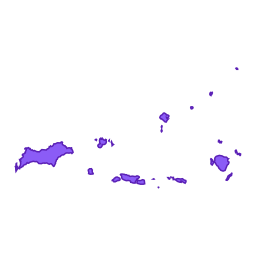 outline of Maluku Barat Daya, Maluku, Indonesia
{"feature_id": "22746128B88480653802061", "entity_name": "Maluku Barat Daya", "entity_type": "district", "adm_level": 2, "iso_a3": "IDN", "parent_name": "Indonesia", "parent_adm1": "Maluku", "projection": "robinson", "projection_center": [127.795, -7.318], "detail": "fine", "context": "isolated", "style": "filled", "palette": "violet", "viewbox_px": 256, "rotation_deg": 0, "n_neighbors": 0, "source": "geoboundaries", "source_scale": "gbopen_adm2", "svg_char_len": 5915}
<svg xmlns="http://www.w3.org/2000/svg" viewBox="0 0 256 256"><path d="M61.9,141.9L61.1,142.1L60.3,142.9L57.3,142.8L55.4,143.8L53.9,143.8L53.2,145.3L52.3,146.3L51.3,146.5L50.6,145.9L50.2,146.6L49.3,146.6L49.3,147.2L48.6,148.4L47.2,149.0L46.3,150.0L41.8,149.6L39.2,151.9L37.7,151.6L37.2,151.8L34.3,150.5L33.8,150.8L33.1,150.7L32.3,149.9L31.4,150.2L30.9,149.9L30.3,148.8L29.9,149.2L29.5,149.1L28.8,147.7L28.2,147.6L27.5,148.1L26.9,148.1L26.3,149.1L26.3,149.8L25.1,152.3L25.4,152.7L25.3,152.9L24.5,153.3L24.2,153.7L22.6,154.3L22.3,155.0L23.3,156.0L23.0,157.1L20.8,158.8L20.8,159.4L20.2,159.2L19.7,159.8L20.0,160.3L19.8,160.2L20.7,163.0L20.3,165.5L19.0,167.3L18.8,168.3L19.3,168.8L19.7,168.7L19.8,168.1L20.2,167.6L21.1,167.5L22.3,166.6L22.9,166.5L23.2,165.8L23.8,165.1L25.0,164.5L25.8,164.5L27.1,162.7L27.4,163.1L28.8,163.2L29.2,162.6L30.3,162.1L33.3,161.3L35.2,161.7L36.5,161.5L37.6,162.2L38.8,163.5L41.3,163.7L42.5,163.2L44.3,163.0L44.8,163.3L46.7,162.9L48.6,164.0L49.7,164.2L50.4,163.7L51.4,163.8L53.5,166.4L54.1,166.2L55.6,163.1L55.4,162.4L56.2,161.0L56.5,159.6L57.3,159.2L58.0,157.5L58.6,157.0L60.3,156.6L60.8,155.7L61.3,155.6L61.7,155.2L63.1,154.7L63.6,154.9L65.5,153.3L66.8,152.9L69.0,153.1L71.1,152.7L71.9,153.5L73.1,152.3L72.5,150.4L72.0,149.5L71.3,149.1L71.7,148.1L71.5,147.8L70.1,148.1L69.8,147.8L68.7,147.8L66.9,148.4L66.4,147.0L65.5,146.8L65.1,145.8L64.1,145.7L63.7,145.2L62.5,144.6L62.2,143.5L62.5,142.4L61.9,141.9ZM219.3,155.4L216.3,156.3L215.1,157.5L214.7,158.9L214.9,160.1L214.3,162.0L215.4,162.8L215.5,163.7L215.9,163.9L216.9,165.6L217.9,166.1L219.0,168.4L220.3,169.6L220.8,170.3L223.1,171.1L225.1,170.4L227.0,165.6L227.5,164.7L228.2,164.4L228.8,163.1L229.0,162.1L227.9,161.5L227.7,160.4L227.7,159.5L228.5,158.8L227.9,158.6L226.5,157.2L224.1,157.0L222.0,155.9L219.3,155.4ZM121.9,174.0L120.7,174.2L120.4,174.6L120.6,175.0L121.6,175.8L121.7,177.6L122.1,178.7L123.4,179.6L125.7,180.5L126.9,180.7L128.0,180.4L130.0,180.8L130.7,181.7L130.7,182.3L131.9,182.5L133.0,183.0L135.1,183.1L135.5,181.2L136.4,180.5L136.7,179.2L138.5,178.2L139.3,177.4L139.2,176.8L137.9,176.0L136.8,175.9L136.0,176.4L134.6,176.5L132.6,176.1L130.0,176.4L129.3,176.1L128.9,175.4L127.8,175.5L126.4,174.7L125.2,174.8L124.7,174.4L121.9,174.0ZM164.3,113.0L163.4,113.2L162.3,114.6L160.7,115.6L160.1,116.6L159.8,117.7L160.8,118.9L161.6,118.7L162.0,119.4L162.6,119.6L164.9,121.8L166.1,122.1L166.5,121.7L166.8,120.7L168.3,119.0L167.5,119.0L166.6,117.9L166.5,117.4L167.2,117.8L168.2,117.4L168.8,116.7L168.8,115.6L167.7,114.9L166.4,115.0L166.0,114.0L164.3,113.0ZM101.4,138.6L100.9,138.1L100.0,138.7L99.5,140.3L99.7,142.7L100.3,143.7L98.8,144.2L97.9,145.2L97.9,146.1L98.7,147.3L100.1,147.7L101.1,147.3L102.1,146.0L102.3,144.5L103.9,144.6L105.4,143.9L106.1,142.9L106.4,141.5L106.1,140.9L106.3,139.8L105.6,139.4L104.9,140.2L103.9,140.0L103.3,139.2L102.4,139.2L102.2,138.4L101.6,139.0L101.9,139.2L101.8,139.3L100.9,139.2L101.0,138.7L101.4,138.6ZM143.9,180.0L142.5,179.7L140.7,180.5L139.4,180.6L137.5,180.0L137.6,180.8L136.8,182.9L137.5,183.4L140.5,184.2L143.3,184.2L144.7,183.8L144.3,180.5L143.9,180.0ZM177.6,178.6L175.8,179.1L175.3,179.7L177.5,181.4L179.5,182.1L181.1,182.3L180.8,181.1L181.9,181.0L183.2,182.3L185.1,183.2L185.4,182.4L185.9,182.1L186.0,181.2L185.8,180.5L184.1,180.0L182.5,178.7L180.5,179.0L177.6,178.6ZM117.1,177.0L115.7,177.3L115.3,177.8L114.5,178.1L113.6,179.3L112.4,180.0L112.2,180.6L113.6,181.0L113.9,181.8L115.2,181.8L118.2,180.3L118.8,180.6L119.9,180.0L120.1,179.2L119.7,178.2L117.1,177.0ZM91.5,168.7L89.5,168.8L88.2,170.1L88.8,172.6L88.6,173.6L90.1,174.2L93.0,174.0L93.2,173.3L92.6,172.8L92.2,171.8L92.3,169.9L91.9,169.7L91.5,168.7ZM231.5,175.5L231.9,173.3L231.7,173.2L230.5,174.6L229.5,174.9L228.0,176.1L226.9,178.9L226.2,179.6L226.2,180.2L227.1,180.3L228.3,179.2L229.7,176.5L231.5,175.5ZM211.0,158.7L210.7,159.1L211.0,159.7L211.3,159.7L211.4,160.2L211.0,160.9L211.2,161.8L210.9,163.6L211.4,164.6L212.3,165.0L213.7,162.5L213.4,161.7L212.7,161.3L212.8,160.5L212.5,159.9L211.8,159.7L211.5,158.9L211.0,158.7ZM16.1,166.0L15.7,166.0L15.7,166.6L15.4,166.8L15.7,167.1L15.9,170.7L16.0,171.3L17.5,168.8L17.4,167.7L16.6,167.1L16.1,166.0ZM212.2,92.3L211.1,92.7L210.6,92.4L210.2,92.8L209.8,94.0L210.0,94.9L210.3,95.1L210.1,94.4L210.4,94.2L210.4,94.8L211.1,95.2L211.7,94.6L212.4,92.9L212.2,92.3ZM219.1,140.2L218.6,140.3L218.4,141.8L219.6,142.4L220.0,142.9L220.5,142.6L221.3,142.8L221.7,141.6L221.3,141.4L220.5,141.9L220.0,141.7L219.1,140.2ZM192.6,106.9L191.0,106.8L190.7,107.8L191.2,108.8L191.8,108.9L192.7,108.4L193.0,107.5L192.6,106.9ZM239.5,153.4L238.5,153.7L237.9,153.5L237.3,154.2L237.7,154.5L238.8,154.2L240.1,155.5L240.4,155.3L240.6,154.0L239.5,153.4ZM236.0,150.1L235.3,150.7L235.4,151.9L235.9,152.2L235.8,152.8L237.2,153.0L236.4,150.7L236.0,150.1ZM112.4,144.0L111.5,141.5L111.2,142.1L111.9,143.7L112.1,145.7L113.1,144.8L112.8,144.8L113.1,144.3L112.9,144.0L112.6,144.2L112.4,144.0ZM171.9,177.3L171.8,177.6L173.0,178.1L173.3,178.9L173.2,179.6L173.9,179.6L174.0,178.8L173.5,178.5L173.4,177.4L172.5,177.6L171.9,177.3ZM168.8,177.6L167.9,177.6L168.5,178.4L168.5,178.7L169.5,179.1L169.8,178.8L169.9,178.4L169.1,178.1L168.8,177.6ZM236.4,68.0L235.9,68.3L236.6,69.3L237.7,69.3L237.7,68.9L237.1,68.2L236.4,68.0ZM161.4,130.1L161.1,130.9L161.5,131.8L161.9,131.5L162.1,130.6L161.9,130.2L161.5,130.6L161.4,130.1ZM161.7,127.8L162.1,126.0L161.8,125.8L161.3,126.9L161.7,127.8ZM96.4,139.3L95.7,139.4L95.3,139.8L96.4,140.4L96.6,139.5L96.4,139.3ZM25.8,148.0L24.9,148.5L25.0,149.0L26.1,148.7L25.8,148.0ZM16.4,164.8L16.6,164.4L16.6,163.3L16.2,163.5L16.0,164.4L16.4,164.8ZM109.2,140.2L108.8,140.6L108.8,141.0L109.1,141.2L109.2,140.2ZM159.0,188.0L158.6,187.3L158.4,186.6L158.3,187.5L159.0,188.0ZM16.7,166.0L16.5,166.7L17.0,167.1L16.7,166.8L17.0,166.6L16.7,166.4L17.0,166.1L16.7,166.0ZM154.1,179.1L153.8,178.8L153.2,179.1L153.8,179.2L154.1,179.1ZM170.1,177.0L170.9,177.2L170.5,177.0L170.1,177.0Z" fill="#8b5cf6" stroke="#5b21b6" stroke-width="1.5"/></svg>